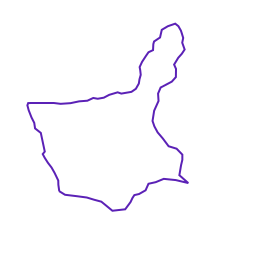 outline of Mandria Pafou, Paphos, Cyprus, rotated 335°
{"feature_id": "46923920B21655614517489", "entity_name": "Mandria Pafou", "entity_type": "district", "adm_level": 2, "iso_a3": "CYP", "parent_name": "Cyprus", "parent_adm1": "Paphos", "projection": "robinson", "projection_center": [32.541, 34.713], "detail": "fine", "context": "isolated", "style": "outline", "palette": "violet", "viewbox_px": 256, "rotation_deg": 335, "n_neighbors": 0, "source": "geoboundaries", "source_scale": "gbopen_adm2", "svg_char_len": 1193}
<svg xmlns="http://www.w3.org/2000/svg" viewBox="0 0 256 256"><g transform="rotate(335 128 128)"><path d="M38.9,156.1L42.7,161.9L53.0,168.3L61.3,173.6L67.1,178.8L72.7,183.5L78.9,196.4L91.1,200.5L99.0,196.2L102.5,193.3L105.4,191.5L110.1,192.5L117.6,191.9L123.0,187.2L130.2,188.8L138.9,189.2L149.3,195.4L159.4,203.4L159.2,203.0L154.6,192.5L160.4,184.1L163.8,179.8L166.0,175.1L163.3,167.3L157.1,161.7L155.1,152.1L153.0,144.5L152.6,137.7L153.2,132.0L159.0,123.4L167.1,116.4L169.8,109.5L174.7,105.1L187.3,104.5L192.9,102.1L196.5,94.7L196.5,93.9L196.6,90.0L203.2,85.6L208.1,83.5L212.5,80.8L213.2,73.6L216.1,69.7L216.9,63.9L217.1,62.0L216.7,57.0L214.9,53.4L209.1,52.8L207.1,52.6L200.1,53.3L195.3,59.5L188.2,60.6L186.4,62.7L183.6,68.0L178.6,68.0L175.0,70.1L168.7,74.0L164.3,77.7L163.5,80.8L162.0,85.2L159.0,88.7L156.6,92.3L151.7,95.8L146.4,96.7L136.5,94.0L133.7,91.3L125.0,90.0L118.9,90.3L112.9,88.7L109.2,86.1L102.7,86.1L95.0,83.2L86.4,81.2L77.1,77.6L71.2,73.9L48.1,63.2L46.4,64.9L45.5,69.9L45.0,77.7L45.2,83.7L43.6,89.1L46.9,95.6L42.6,114.2L39.7,115.6L39.9,119.6L40.7,125.6L42.0,131.5L42.5,137.8L42.6,146.1L40.9,150.0L39.0,156.2L38.9,156.1Z" fill="none" stroke="#5b21b6" stroke-width="2"/></g></svg>